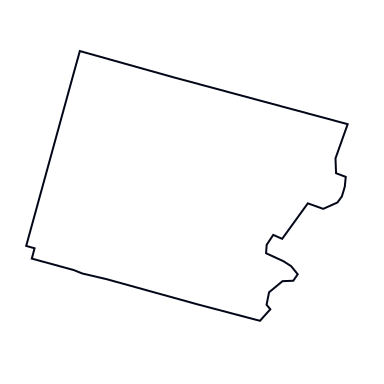 the district of Polk, Oregon, United States of America, rotated 15°
{"feature_id": "52423323B47830259529939", "entity_name": "Polk", "entity_type": "district", "adm_level": 2, "iso_a3": "USA", "parent_name": "United States of America", "parent_adm1": "Oregon", "projection": "orthographic", "projection_center": [-123.256, 44.898], "detail": "fine", "context": "isolated", "style": "outline", "palette": "ink", "viewbox_px": 384, "rotation_deg": 15, "n_neighbors": 0, "source": "geoboundaries", "source_scale": "gbopen_adm2", "svg_char_len": 586}
<svg xmlns="http://www.w3.org/2000/svg" viewBox="0 0 384 384"><g transform="rotate(15 192 192)"><path d="M324.8,86.2L144.6,86.0L144.1,86.0L47.2,84.9L47.0,104.0L45.8,287.0L54.5,287.1L54.5,297.8L97.8,298.0L107.1,299.1L132.4,298.3L225.9,299.1L277.0,298.9L291.0,298.8L298.0,285.0L293.2,281.6L292.4,268.9L302.5,254.7L312.8,251.5L315.4,244.1L307.0,238.0L298.3,235.2L279.4,232.0L277.8,223.7L281.6,212.4L291.2,213.9L306.8,173.0L323.1,174.3L335.2,164.5L337.9,157.5L338.1,151.7L338.2,147.3L336.6,137.6L326.3,136.6L321.9,122.4L324.8,86.2Z" fill="none" stroke="#020617" stroke-width="2"/></g></svg>